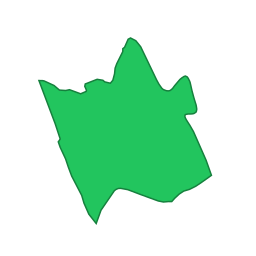 outline of Sibilia, Quezaltenango, Guatemala, rotated 330°
{"feature_id": "79465075B93967770843500", "entity_name": "Sibilia", "entity_type": "district", "adm_level": 2, "iso_a3": "GTM", "parent_name": "Guatemala", "parent_adm1": "Quezaltenango", "projection": "robinson", "projection_center": [-91.632, 14.992], "detail": "fine", "context": "isolated", "style": "filled", "palette": "green", "viewbox_px": 256, "rotation_deg": 330, "n_neighbors": 0, "source": "geoboundaries", "source_scale": "gbopen_adm2", "svg_char_len": 1340}
<svg xmlns="http://www.w3.org/2000/svg" viewBox="0 0 256 256"><g transform="rotate(330 128 128)"><path d="M176.6,210.7L179.5,195.0L182.9,163.8L182.9,156.7L182.7,152.8L182.6,149.9L182.7,148.0L182.9,146.7L183.8,145.3L185.1,145.2L187.0,145.9L188.8,146.9L190.5,147.8L192.2,148.4L194.7,148.3L195.8,147.5L197.0,146.0L197.8,144.0L198.5,142.0L199.1,139.3L200.1,135.0L202.1,127.5L203.8,122.1L204.5,119.8L204.8,118.3L205.0,115.1L204.8,113.3L203.7,111.7L202.4,111.4L199.9,111.5L197.3,111.9L193.9,113.1L189.5,114.7L186.5,116.0L185.3,116.3L183.3,116.6L181.6,116.1L180.0,115.0L178.7,113.5L177.8,112.3L177.2,110.7L177.0,108.9L176.7,105.5L176.8,100.8L179.6,64.0L178.4,56.3L175.2,51.3L172.5,51.2L165.4,56.4L163.2,56.7L161.7,59.2L150.4,66.7L146.8,69.7L143.4,74.4L138.7,79.1L135.1,80.4L130.9,76.4L130.1,74.1L125.6,70.4L113.0,68.5L111.4,70.3L110.9,74.5L110.0,75.4L104.1,74.7L96.5,65.6L92.8,64.4L87.6,60.9L85.2,54.2L80.6,47.7L78.8,45.2L77.6,44.2L74.6,42.4L67.1,87.8L63.8,103.6L62.1,104.5L60.7,105.1L59.6,110.9L58.5,123.6L56.8,131.9L55.2,141.5L54.2,163.3L52.3,171.1L51.0,183.1L52.7,194.8L63.5,185.7L84.8,175.5L86.9,175.2L89.4,175.5L91.5,176.6L97.0,181.3L105.9,192.2L117.7,206.3L121.7,209.8L126.4,212.0L129.1,213.6L133.3,212.2L139.4,210.8L144.7,210.5L150.6,211.9L157.6,212.3L165.0,211.8L176.6,210.7Z" fill="#22c55e" stroke="#15803d" stroke-width="1.5"/></g></svg>